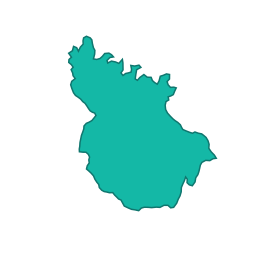 outline of Jaborá, Santa Catarina, Brazil, rotated 33°
{"feature_id": "56859067B74919333247370", "entity_name": "Jaborá", "entity_type": "district", "adm_level": 2, "iso_a3": "BRA", "parent_name": "Brazil", "parent_adm1": "Santa Catarina", "projection": "robinson", "projection_center": [-51.784, -27.14], "detail": "fine", "context": "isolated", "style": "filled", "palette": "teal", "viewbox_px": 256, "rotation_deg": 33, "n_neighbors": 0, "source": "geoboundaries", "source_scale": "gbopen_adm2", "svg_char_len": 2350}
<svg xmlns="http://www.w3.org/2000/svg" viewBox="0 0 256 256"><g transform="rotate(33 128 128)"><path d="M85.9,73.5L85.1,78.8L81.6,79.4L77.7,80.9L75.6,84.5L73.6,82.8L74.4,78.8L77.1,76.3L74.3,75.5L71.2,75.6L67.9,78.2L67.5,81.9L66.7,84.9L64.5,87.5L61.4,88.9L59.8,84.2L57.9,80.9L55.3,79.5L52.2,76.6L49.7,73.8L47.3,73.0L43.2,73.7L41.7,76.6L42.8,79.4L44.7,82.0L44.0,86.2L44.6,90.6L41.2,88.6L37.9,89.2L39.3,93.5L37.5,97.6L42.0,99.4L41.2,102.7L42.6,105.3L46.0,105.7L48.9,106.9L48.5,110.0L51.6,112.0L53.5,114.1L56.8,115.3L55.4,119.5L56.4,123.0L59.2,125.3L63.1,128.1L66.2,129.3L68.9,129.3L72.4,129.5L75.7,130.5L78.5,130.7L81.7,132.0L84.5,133.3L86.9,134.2L89.5,134.2L91.9,133.6L94.3,135.0L94.0,138.4L93.7,141.3L92.2,144.3L90.5,146.8L90.0,150.3L91.4,152.8L92.2,155.9L93.0,159.6L94.2,162.6L95.6,166.2L97.5,169.6L98.6,172.2L100.2,174.4L103.2,172.9L105.9,171.2L109.1,171.7L111.6,173.3L112.5,176.1L114.5,178.4L114.4,181.8L115.5,185.0L118.1,185.3L121.5,185.9L125.1,186.9L128.2,189.0L131.3,190.4L134.2,191.3L136.4,193.6L139.9,194.5L142.6,194.3L145.0,193.3L147.7,192.4L150.4,190.5L153.3,191.5L156.3,192.1L158.8,192.7L161.3,192.2L163.9,193.6L167.4,195.5L171.8,194.9L175.2,194.3L178.5,192.8L182.0,191.5L182.8,187.9L184.9,185.5L188.0,183.6L191.2,181.9L194.9,178.9L198.0,177.2L200.3,173.2L203.6,171.1L207.3,171.7L209.5,169.7L209.8,164.6L208.9,160.3L208.6,156.7L207.4,152.6L205.2,148.9L204.4,144.6L204.0,141.5L203.0,137.7L205.6,138.7L207.3,141.7L210.4,142.3L213.4,141.4L213.6,136.7L211.9,132.8L212.0,129.1L211.2,126.0L210.1,122.9L208.9,119.7L208.7,116.6L210.8,112.8L214.4,110.8L216.0,107.5L218.5,105.3L215.2,103.7L210.8,102.7L206.8,101.0L204.9,97.5L202.0,95.1L198.6,93.4L195.5,93.0L193.0,92.8L189.7,94.1L186.3,94.9L184.9,97.3L181.8,98.1L178.4,98.8L174.8,99.4L172.6,98.3L170.2,96.8L166.6,96.2L163.7,96.2L160.9,95.9L157.2,95.1L153.1,94.0L149.5,92.0L146.8,88.7L145.5,85.2L146.9,82.3L144.7,80.0L146.5,77.7L147.8,75.3L147.1,71.8L146.6,68.1L144.2,68.8L141.5,70.8L138.1,69.9L135.5,67.8L136.1,64.3L133.7,60.5L130.8,61.7L128.8,64.7L126.9,67.0L128.4,71.6L128.7,75.3L125.6,75.4L122.6,74.9L119.8,72.9L116.5,74.9L112.2,74.5L110.4,79.2L109.9,82.9L107.3,82.9L105.3,78.6L103.5,74.4L105.8,70.1L103.0,69.3L99.9,72.4L96.3,74.0L99.0,76.8L100.1,79.4L98.3,81.6L96.3,83.6L95.2,86.7L92.1,85.6L92.2,82.0L90.1,78.9L88.3,76.2L85.9,73.5Z" fill="#14b8a6" stroke="#0f766e" stroke-width="1.5"/></g></svg>